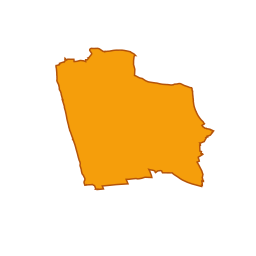 Voerendaal, Limburg, Netherlands (Equal Earth projection), rotated 205°
{"feature_id": "6326949B50745475536845", "entity_name": "Voerendaal", "entity_type": "district", "adm_level": 2, "iso_a3": "NLD", "parent_name": "Netherlands", "parent_adm1": "Limburg", "projection": "equal_earth", "projection_center": [5.917, 50.872], "detail": "fine", "context": "isolated", "style": "filled", "palette": "amber", "viewbox_px": 256, "rotation_deg": 205, "n_neighbors": 0, "source": "geoboundaries", "source_scale": "gbopen_adm2", "svg_char_len": 5522}
<svg xmlns="http://www.w3.org/2000/svg" viewBox="0 0 256 256"><g transform="rotate(205 128 128)"><path d="M141.5,58.8L141.1,59.1L140.1,59.7L138.1,60.7L137.4,61.1L137.1,61.2L136.9,61.4L136.7,61.7L135.0,61.6L134.3,61.6L134.0,61.5L133.8,61.4L133.4,61.1L133.1,60.8L132.4,60.1L132.1,59.8L131.8,59.4L131.7,59.2L131.7,58.8L129.6,59.8L129.6,59.4L124.5,62.4L126.8,64.6L120.3,68.4L114.8,71.7L111.9,73.3L104.4,77.4L108.0,80.7L107.3,81.1L107.0,81.2L106.5,81.4L105.5,81.9L103.1,83.4L100.6,84.9L99.4,85.6L98.0,85.9L96.8,86.5L94.5,88.1L93.8,88.7L92.1,90.3L91.7,90.6L85.5,93.2L85.7,93.4L85.7,93.5L86.0,93.9L86.4,94.5L87.5,95.6L88.5,96.5L88.8,96.9L89.5,97.6L91.6,99.3L89.8,99.6L88.1,100.1L86.2,100.4L85.8,100.4L85.6,100.4L85.4,100.2L84.7,99.5L84.5,99.3L84.2,99.2L83.7,100.1L83.3,101.0L83.1,101.3L82.8,101.7L82.7,101.8L81.9,102.3L80.8,103.0L80.3,103.2L79.9,103.3L79.7,103.3L79.4,103.3L79.0,103.0L78.3,102.4L77.8,102.0L75.4,103.1L69.2,105.9L69.4,105.9L69.2,106.0L68.8,106.0L68.1,105.7L67.4,105.5L66.5,105.3L65.1,105.1L63.5,104.9L62.8,104.8L60.9,104.5L60.1,104.3L58.7,104.1L56.7,103.9L53.3,103.9L51.5,103.9L50.3,104.0L49.3,104.1L47.3,104.3L46.3,104.4L36.6,106.1L37.1,107.3L36.4,107.4L37.2,109.0L38.6,110.9L37.0,111.4L37.5,112.3L38.6,111.9L38.6,112.6L38.6,112.8L38.6,113.0L38.9,113.5L39.4,114.0L39.7,114.2L40.1,116.1L40.2,116.3L40.4,117.4L40.6,117.8L41.2,118.3L43.0,120.3L48.3,124.4L51.0,126.3L49.4,128.1L49.7,128.5L50.6,129.6L51.4,130.3L52.0,131.2L49.5,135.0L49.3,135.3L49.2,135.5L49.3,135.5L49.2,135.6L49.5,135.8L49.6,136.1L51.1,135.7L51.5,137.7L53.1,137.5L55.8,142.8L55.1,143.0L55.3,143.4L56.1,144.3L56.7,144.7L55.5,145.4L55.4,145.5L54.8,146.2L54.2,146.9L53.7,147.4L53.2,147.9L53.2,148.2L52.9,151.9L53.4,152.2L53.1,152.5L52.0,153.6L52.8,154.0L50.6,156.0L50.4,156.4L50.2,157.0L50.0,157.9L49.8,158.7L49.7,159.1L49.5,159.6L50.1,159.8L49.3,161.2L49.2,161.5L49.6,161.5L50.5,161.5L51.7,161.5L52.7,161.5L52.8,161.5L52.7,161.2L52.8,161.2L53.1,161.4L53.7,161.3L55.2,161.0L56.3,160.6L57.0,160.8L57.2,160.7L58.1,160.3L58.4,160.4L60.9,160.9L62.1,161.7L60.7,163.6L60.5,164.2L61.8,164.7L62.1,165.1L62.9,165.5L65.0,166.2L66.2,166.8L67.2,167.3L69.6,168.7L70.7,169.5L71.9,170.5L72.1,170.6L72.5,170.9L73.2,171.7L73.7,172.0L74.1,172.3L75.5,173.7L77.1,175.4L78.3,177.0L79.0,178.1L79.7,179.2L80.2,179.9L80.4,180.6L80.9,181.4L81.4,182.1L81.4,182.3L81.5,182.4L81.7,182.6L82.0,183.2L82.8,184.4L82.7,184.4L83.8,186.2L84.7,187.9L85.2,188.6L85.1,188.8L85.7,189.1L85.8,189.2L86.1,189.8L87.0,191.4L86.9,191.5L88.7,190.9L89.4,190.8L91.4,190.7L94.1,190.4L95.0,190.3L98.9,190.4L99.4,190.3L99.7,190.2L100.2,190.0L100.6,189.8L101.3,189.3L102.0,188.7L102.5,188.4L104.3,187.4L104.6,187.2L104.8,186.9L105.2,186.3L106.1,185.8L106.5,185.5L107.3,185.1L108.6,184.7L110.2,184.2L111.6,183.6L112.9,183.1L114.7,182.4L115.6,182.1L117.8,181.5L120.8,180.9L122.2,180.4L123.2,180.1L125.9,179.3L128.0,178.7L129.3,178.4L130.2,178.3L130.6,178.4L131.4,178.3L132.9,178.4L135.3,178.8L135.7,178.9L135.9,178.9L136.8,178.7L138.1,178.4L139.0,178.3L142.8,178.5L144.3,178.4L146.3,183.3L146.6,184.0L146.8,184.3L149.5,187.5L149.8,187.8L150.5,189.4L151.2,190.9L151.6,191.9L152.7,195.3L152.8,195.9L152.6,196.3L152.2,196.8L151.9,196.9L153.4,197.5L153.8,197.6L154.5,197.7L156.4,197.8L157.1,197.8L157.5,198.0L157.8,198.1L158.1,198.1L161.0,197.5L163.0,197.0L164.2,196.7L166.1,196.1L167.7,195.4L168.8,194.9L169.9,194.3L170.2,194.2L170.4,194.1L171.7,193.5L173.3,192.6L174.1,192.1L177.6,189.6L178.6,189.1L179.5,188.6L180.5,187.9L181.3,187.3L181.4,187.5L181.6,187.4L181.6,187.5L181.9,187.3L182.7,187.0L183.2,186.9L183.6,187.0L184.1,187.1L187.3,187.6L187.9,187.6L188.5,187.5L189.0,187.4L189.5,187.2L190.8,186.5L193.1,185.4L194.7,184.7L194.9,184.7L195.1,184.5L195.4,184.2L195.8,183.4L195.8,183.2L195.8,182.9L195.7,182.5L195.5,182.2L195.1,181.9L192.9,180.6L192.7,180.5L192.6,180.4L192.4,180.1L192.2,179.7L192.3,179.0L193.2,175.2L193.4,175.1L193.5,175.0L193.3,175.0L193.3,174.9L193.2,174.8L193.8,172.6L195.2,171.9L194.7,170.9L194.4,170.3L196.0,170.2L196.7,170.1L199.2,169.3L199.5,169.2L200.4,168.6L200.7,168.3L201.3,167.8L202.4,166.9L203.7,166.1L204.9,165.4L205.1,165.6L205.2,166.0L205.4,166.2L206.1,167.4L211.8,164.8L212.1,164.2L212.3,163.7L214.5,164.5L214.2,163.6L213.5,162.5L213.4,162.1L213.4,161.9L213.5,161.6L213.8,160.7L214.0,160.8L216.3,158.7L217.4,157.6L216.9,157.1L217.0,156.4L217.2,156.1L217.4,156.1L218.0,155.4L218.5,155.0L219.1,154.5L219.6,154.2L219.1,153.0L218.9,152.8L218.3,152.0L217.9,151.4L217.2,150.2L216.1,148.3L215.6,147.4L214.9,145.9L214.2,144.8L213.7,143.7L213.3,143.0L212.9,142.0L212.5,141.0L212.5,140.9L211.8,140.1L210.9,139.3L210.2,138.8L209.4,138.1L208.9,137.6L207.3,135.5L206.9,134.6L206.4,133.8L206.2,133.6L205.4,133.2L204.4,132.3L204.0,131.9L203.4,131.3L203.1,130.8L202.4,129.8L202.3,129.7L200.0,127.0L199.0,126.1L199.5,125.9L195.0,120.9L194.9,120.9L194.4,119.8L193.6,118.8L192.0,117.0L191.3,116.1L191.0,115.6L190.7,115.3L189.5,113.7L187.1,110.3L185.2,107.9L183.9,106.3L183.2,105.5L182.0,103.8L180.6,102.3L180.0,101.4L179.2,100.7L178.4,100.0L175.4,96.9L174.1,95.7L172.2,93.6L172.3,93.6L171.7,93.2L171.0,92.4L169.4,90.8L167.8,89.0L165.3,86.0L163.2,83.6L160.6,80.4L158.5,78.0L157.6,77.3L156.9,76.5L156.3,75.7L156.0,74.9L156.0,74.7L155.8,74.2L155.6,73.7L155.3,73.3L154.6,72.6L153.0,70.8L152.5,70.1L152.3,69.7L151.7,68.9L150.3,67.2L149.3,66.6L148.4,66.2L147.4,65.3L146.2,64.4L145.8,64.1L145.1,62.6L145.2,61.2L144.9,60.3L144.7,59.8L144.3,59.4L144.0,59.0L143.6,58.7L143.3,58.3L142.9,57.9L142.3,58.3L142.0,58.7L141.7,59.0L141.5,58.8Z" fill="#f59e0b" stroke="#b45309" stroke-width="1.5"/></g></svg>